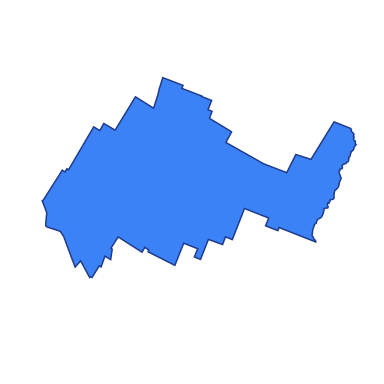 the district of Jiménez, Santiago del Estero, Argentina, rotated 21°
{"feature_id": "61730980B84013532899060", "entity_name": "Jiménez", "entity_type": "district", "adm_level": 2, "iso_a3": "ARG", "parent_name": "Argentina", "parent_adm1": "Santiago del Estero", "projection": "orthographic", "projection_center": [-64.123, -26.917], "detail": "fine", "context": "isolated", "style": "filled", "palette": "blue", "viewbox_px": 384, "rotation_deg": 21, "n_neighbors": 0, "source": "geoboundaries", "source_scale": "gbopen_adm2", "svg_char_len": 3229}
<svg xmlns="http://www.w3.org/2000/svg" viewBox="0 0 384 384"><g transform="rotate(21 192 192)"><path d="M317.5,75.8L317.4,75.8L299.5,75.6L298.3,81.9L291.4,118.9L275.5,119.8L273.5,140.0L262.1,140.0L249.0,140.0L205.9,133.6L207.4,121.7L205.0,121.2L190.3,118.5L186.3,117.8L181.9,117.0L181.8,109.5L177.5,109.4L177.5,99.5L166.7,99.4L166.7,98.9L145.4,98.9L145.4,95.7L123.9,95.7L123.7,95.7L123.9,98.7L124.2,102.7L124.4,106.4L124.5,108.3L125.2,112.1L125.4,114.8L126.1,127.4L126.1,127.5L124.4,127.2L105.1,123.4L105.0,124.0L104.6,125.9L104.0,129.4L102.9,135.5L100.9,146.5L98.7,158.3L98.0,161.8L95.0,161.3L88.8,160.2L85.8,159.7L85.1,159.6L84.3,165.1L83.9,167.7L78.5,166.7L76.9,166.4L74.3,181.8L74.0,183.7L73.5,186.9L70.3,206.3L68.8,215.5L66.9,215.1L66.2,218.7L63.0,218.1L63.0,218.3L62.2,222.8L60.1,232.8L59.7,234.7L57.8,244.2L56.5,250.7L56.3,251.4L56.3,251.6L56.1,252.6L55.9,253.5L55.8,254.3L55.7,254.3L55.9,254.5L56.1,254.7L56.1,254.8L56.4,255.2L56.9,255.7L57.1,255.8L63.7,263.3L63.9,263.6L64.0,263.9L65.7,270.2L66.8,273.8L67.1,274.9L67.3,275.4L67.4,275.6L67.6,275.8L68.0,276.1L68.5,276.4L69.1,276.6L73.3,276.4L75.1,276.3L77.9,276.1L81.2,276.0L81.3,276.0L82.5,276.0L83.1,276.0L83.3,276.1L83.6,276.2L83.9,276.5L88.0,279.4L88.2,279.6L90.8,282.5L92.3,284.2L93.2,285.3L98.5,291.3L98.8,291.6L100.6,293.6L101.6,294.8L101.8,295.1L105.9,299.6L109.7,303.9L109.8,304.0L109.9,303.8L112.7,296.2L127.0,308.4L127.1,307.6L129.3,307.7L131.9,294.2L134.0,294.6L133.7,283.1L140.3,284.3L138.0,274.0L136.5,273.6L137.9,266.5L139.2,260.4L166.9,266.1L167.8,260.6L172.3,261.6L172.5,263.6L189.3,265.3L202.3,266.6L202.6,243.0L202.6,242.8L217.6,242.9L217.5,251.8L224.1,251.9L224.3,230.5L224.3,230.4L239.4,230.1L239.3,221.9L246.7,222.0L246.9,188.6L252.1,188.6L260.3,188.7L272.9,188.8L272.8,197.2L279.4,197.3L286.0,197.3L286.0,194.0L301.4,194.1L310.1,194.2L325.4,194.3L324.6,192.9L322.6,192.3L321.9,191.2L319.6,189.5L319.2,187.7L318.6,185.3L318.1,182.9L318.3,181.1L317.9,178.4L319.1,176.8L319.1,175.5L318.8,173.8L319.5,172.0L320.9,170.6L321.8,169.3L322.0,167.6L322.2,166.3L322.1,165.0L322.1,163.6L322.0,163.3L321.4,160.9L321.5,160.3L321.9,159.7L322.7,159.0L323.7,158.7L324.5,158.2L324.5,157.7L324.5,157.1L323.6,156.3L322.8,154.9L322.7,153.7L323.9,153.4L323.9,151.8L324.0,152.1L324.0,149.7L324.8,149.2L326.0,148.4L326.8,147.4L326.5,145.7L325.8,144.4L325.6,143.6L325.3,142.5L325.0,141.3L324.9,138.8L325.8,137.9L326.4,136.0L326.7,135.1L326.8,133.5L326.8,133.4L326.4,131.3L326.1,130.3L326.2,129.3L326.3,127.4L326.3,126.6L326.3,126.3L326.3,125.5L325.4,124.8L324.1,123.0L322.0,120.9L321.9,119.6L322.5,118.9L322.0,117.6L322.5,116.9L323.8,116.4L323.8,115.4L322.7,114.2L322.7,113.7L322.9,112.5L323.9,111.5L325.2,110.4L325.8,109.7L325.8,108.8L326.6,108.0L326.9,107.2L326.9,106.1L326.6,105.5L326.6,104.5L325.9,103.7L326.3,102.8L326.8,102.0L326.4,101.1L326.4,100.9L326.4,99.4L326.4,98.3L326.0,97.5L326.8,96.6L326.8,95.7L327.5,95.2L327.5,94.1L327.5,93.0L327.3,92.2L327.7,90.8L327.7,89.9L327.9,89.5L328.3,89.0L327.2,88.4L326.4,86.7L326.4,86.0L324.9,85.7L323.8,84.8L323.7,83.7L323.7,82.7L322.6,82.0L322.6,80.7L322.6,80.1L321.4,79.4L320.9,78.9L320.0,78.6L319.0,78.4L318.8,78.0L318.7,77.8L318.6,76.9L317.6,75.9L317.5,75.8Z" fill="#3b82f6" stroke="#1e3a8a" stroke-width="1.5"/></g></svg>